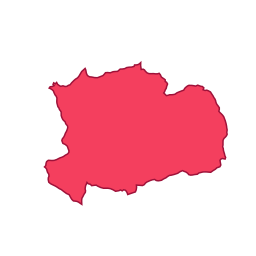 the district of Lençóis Paulista, São Paulo, Brazil, rotated 249°
{"feature_id": "56859067B81397849661237", "entity_name": "Lençóis Paulista", "entity_type": "district", "adm_level": 2, "iso_a3": "BRA", "parent_name": "Brazil", "parent_adm1": "São Paulo", "projection": "orthographic", "projection_center": [-48.82, -22.668], "detail": "fine", "context": "isolated", "style": "filled", "palette": "rose", "viewbox_px": 256, "rotation_deg": 249, "n_neighbors": 0, "source": "geoboundaries", "source_scale": "gbopen_adm2", "svg_char_len": 3593}
<svg xmlns="http://www.w3.org/2000/svg" viewBox="0 0 256 256"><g transform="rotate(249 128 128)"><path d="M73.3,57.5L75.4,58.2L77.0,58.8L78.8,59.7L80.5,61.7L81.9,63.2L83.2,65.1L84.7,65.9L86.4,66.1L87.9,66.9L89.4,67.8L90.5,69.0L91.9,70.2L90.2,70.9L88.9,72.7L87.2,73.4L86.5,76.3L86.0,77.9L84.7,78.8L82.3,81.1L80.5,83.6L79.0,87.6L77.7,89.8L75.6,92.0L73.4,93.7L73.1,95.1L72.7,97.1L72.9,98.7L71.4,100.1L71.9,101.8L70.7,103.4L68.1,104.0L66.0,103.9L65.7,112.0L67.3,113.5L69.4,114.7L71.7,115.4L69.1,120.9L69.3,122.9L70.3,124.5L70.8,126.2L71.0,129.9L70.9,132.3L70.4,134.5L68.9,135.5L67.9,137.2L67.5,138.8L67.2,140.6L67.6,142.4L67.8,144.0L67.9,145.6L68.5,147.5L68.9,149.5L68.4,151.8L68.1,154.5L68.0,156.3L67.9,158.2L68.5,160.5L68.6,162.2L68.6,163.8L67.4,164.8L66.4,166.1L64.4,167.5L62.7,168.0L61.6,169.5L61.1,171.1L60.7,173.4L60.0,176.2L60.6,178.1L60.1,182.2L59.1,185.0L57.0,189.4L57.7,192.0L58.2,194.8L59.0,196.7L58.9,199.9L60.2,201.4L62.9,201.9L64.9,202.3L65.7,203.7L65.7,205.2L64.2,207.5L65.5,208.6L67.3,208.5L69.4,208.8L71.2,208.9L73.0,209.1L74.8,209.6L76.5,209.6L78.1,210.6L80.2,211.4L82.4,212.3L83.8,213.7L84.7,215.8L85.5,217.2L86.6,218.3L88.7,218.7L89.9,219.5L91.2,220.0L92.6,220.2L94.5,220.7L96.9,221.1L100.0,221.4L102.6,221.4L104.2,221.4L106.1,220.9L108.0,220.1L109.4,219.4L111.1,218.8L112.4,219.8L114.2,220.5L116.4,220.0L118.3,219.4L120.4,219.3L122.4,219.6L124.1,219.5L125.5,219.1L127.4,218.9L129.6,218.4L132.1,217.9L133.8,216.5L135.1,215.1L135.4,213.4L136.8,211.8L138.3,213.2L140.1,212.3L140.8,211.0L141.8,209.8L143.0,208.5L142.9,206.1L143.9,204.6L144.9,202.8L146.0,200.1L145.9,198.5L145.3,196.6L144.7,195.2L143.3,193.5L143.4,191.9L143.4,188.6L143.3,186.2L142.7,184.1L142.9,182.6L143.4,180.7L144.1,178.9L144.2,177.0L144.5,175.4L146.0,174.8L147.9,173.9L148.7,175.1L150.3,176.5L151.2,177.8L153.1,179.1L154.9,180.7L156.9,180.4L158.0,179.4L159.7,180.0L160.9,179.3L162.3,178.3L163.7,177.4L166.0,177.3L167.9,176.7L168.0,175.0L168.6,173.3L169.6,171.4L170.5,168.9L171.3,167.0L172.7,165.5L174.9,164.5L176.3,164.2L177.5,163.2L177.9,161.3L181.8,162.2L184.5,163.3L183.8,161.6L183.6,160.0L183.9,158.4L184.5,156.7L183.3,155.7L183.6,153.2L184.4,150.7L184.9,148.4L184.6,146.2L185.1,143.8L185.8,141.8L184.6,138.6L185.5,135.8L185.9,134.2L185.9,131.2L187.1,128.8L187.7,126.8L186.8,125.3L185.9,123.4L185.9,121.0L185.9,117.6L186.9,115.1L188.6,112.4L189.6,110.4L191.1,109.2L192.4,108.8L194.2,108.8L197.5,109.4L199.0,109.3L197.3,105.0L196.2,103.6L193.9,100.7L192.9,98.9L192.4,96.4L191.7,94.5L190.4,91.6L189.1,89.4L189.2,87.6L188.8,85.9L189.3,84.1L190.7,82.4L191.0,80.1L192.6,78.8L194.1,77.9L196.1,77.7L195.3,75.9L196.8,74.8L195.5,73.6L194.0,74.2L193.9,72.1L194.4,70.1L193.5,68.7L192.4,69.8L190.9,70.9L189.5,71.6L187.1,71.6L184.9,71.8L183.6,72.3L181.5,72.4L178.2,71.0L176.8,70.6L174.9,70.4L173.0,70.2L171.2,70.7L169.8,70.6L168.3,71.1L166.8,71.3L163.5,70.1L161.4,70.0L159.2,70.2L157.9,70.7L156.4,71.5L154.2,71.4L151.6,72.3L150.0,71.9L148.6,70.9L146.8,69.2L145.6,67.7L144.2,66.5L142.8,65.1L141.2,62.6L139.9,61.7L137.0,61.7L135.0,63.6L132.8,64.8L129.4,64.7L127.9,64.7L126.4,64.0L125.4,62.3L125.1,59.8L124.5,57.5L124.4,55.7L124.5,53.9L124.3,51.8L124.1,50.2L124.2,47.5L124.9,45.3L125.7,43.6L126.4,42.0L125.8,40.0L124.5,38.9L122.3,37.7L121.6,36.1L120.2,36.9L118.6,37.3L117.3,37.1L115.4,37.0L113.4,37.5L111.4,37.0L110.0,35.7L108.3,35.0L105.8,34.6L103.8,35.7L101.8,37.5L99.9,39.3L98.8,40.2L97.1,41.4L95.9,42.2L94.5,43.6L91.5,45.4L90.3,46.2L89.0,47.0L88.0,48.0L86.8,49.2L84.9,49.4L83.2,49.6L81.4,50.0L79.5,50.9L78.5,52.8L77.7,54.1L76.5,55.3L74.7,56.5L73.3,57.5Z" fill="#f43f5e" stroke="#9f1239" stroke-width="1.5"/></g></svg>